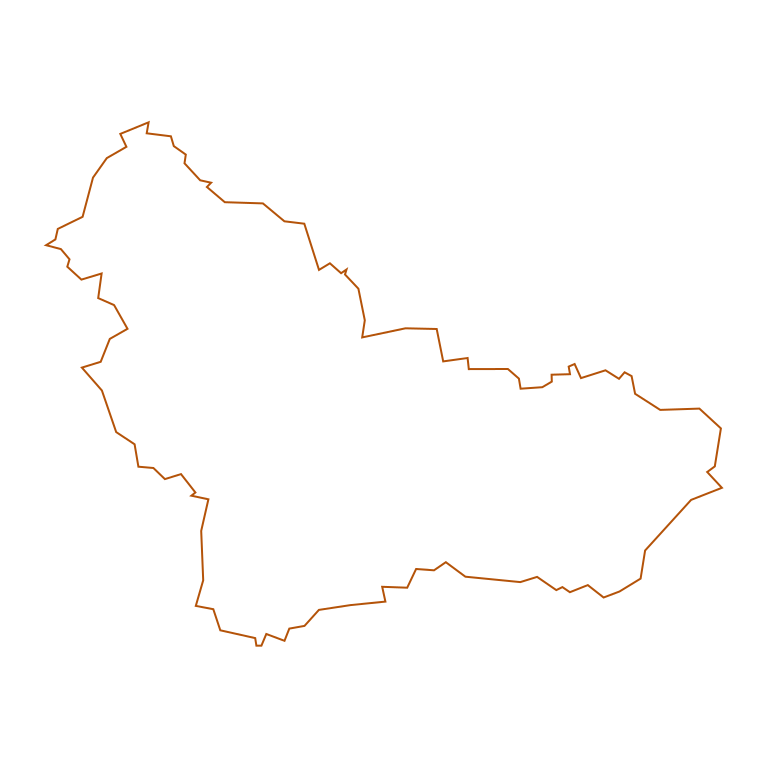 outline of Mogila, Mogila, North Macedonia
{"feature_id": "65306769B16932285740052", "entity_name": "Mogila", "entity_type": "district", "adm_level": 2, "iso_a3": "MKD", "parent_name": "North Macedonia", "parent_adm1": "Mogila", "projection": "natural_earth1", "projection_center": [21.425, 41.178], "detail": "fine", "context": "isolated", "style": "outline", "palette": "amber", "viewbox_px": 768, "rotation_deg": 0, "n_neighbors": 0, "source": "geoboundaries", "source_scale": "gbopen_adm2", "svg_char_len": 1424}
<svg xmlns="http://www.w3.org/2000/svg" viewBox="0 0 768 768"><path d="M350.5,605.1L385.4,601.6L382.2,586.8L407.2,587.7L416.1,569.0L434.0,570.3L445.8,562.2L465.4,576.7L520.3,582.1L537.1,576.9L556.3,590.1L562.4,587.1L569.9,592.2L587.8,585.1L603.6,597.5L619.5,591.5L640.6,578.6L645.1,550.5L691.1,499.9L721.9,487.8L707.2,472.0L714.8,466.4L720.9,428.4L699.4,408.6L660.2,409.9L635.1,393.8L631.6,376.1L624.6,372.3L619.0,378.8L605.5,370.3L581.0,378.1L574.6,364.0L568.7,366.6L570.0,374.2L551.6,374.7L551.8,381.6L542.3,387.2L520.6,388.7L518.9,378.6L507.9,369.0L468.8,369.1L467.6,358.0L443.2,361.4L436.7,329.0L405.5,328.3L362.2,337.4L364.8,320.3L358.4,288.7L345.0,274.5L346.5,269.5L341.1,273.2L329.9,263.3L319.0,269.9L304.3,223.7L284.4,221.3L262.9,203.4L224.8,202.2L206.9,187.0L211.1,182.7L200.2,180.3L184.5,163.3L185.8,154.6L173.8,146.1L170.9,136.3L146.7,133.3L148.6,122.3L120.3,133.9L126.4,146.8L106.8,158.1L93.0,177.6L82.6,216.8L57.8,228.9L55.4,239.4L46.1,245.2L60.9,249.1L69.5,259.3L67.3,266.7L81.4,279.6L101.6,273.5L98.2,298.1L114.1,305.1L127.5,328.8L109.8,338.9L100.7,361.8L81.9,367.6L101.9,390.5L116.2,432.1L134.6,444.3L138.4,466.7L153.4,468.0L164.9,479.1L181.0,474.1L195.4,492.5L191.4,495.7L208.4,499.3L201.2,530.9L203.2,580.3L195.8,605.9L213.3,609.2L220.3,630.3L255.2,638.1L256.4,645.7L261.4,645.7L266.3,634.0L284.5,640.8L289.3,628.6L304.5,625.9L318.9,609.9L350.5,605.1Z" fill="none" stroke="#b45309" stroke-width="2"/></svg>